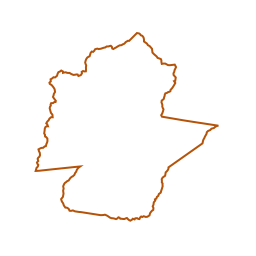 Serrita, Pernambuco, Brazil (Robinson projection), rotated 14°
{"feature_id": "56859067B3572424117250", "entity_name": "Serrita", "entity_type": "district", "adm_level": 2, "iso_a3": "BRA", "parent_name": "Brazil", "parent_adm1": "Pernambuco", "projection": "robinson", "projection_center": [-39.404, -7.835], "detail": "fine", "context": "isolated", "style": "outline", "palette": "amber", "viewbox_px": 256, "rotation_deg": 14, "n_neighbors": 0, "source": "geoboundaries", "source_scale": "gbopen_adm2", "svg_char_len": 3768}
<svg xmlns="http://www.w3.org/2000/svg" viewBox="0 0 256 256"><g transform="rotate(14 128 128)"><path d="M113.7,33.7L108.0,43.2L106.8,43.4L104.9,45.3L104.4,46.5L103.6,47.5L102.5,48.2L101.7,49.2L100.0,49.8L98.9,50.7L97.8,51.8L96.9,52.8L95.8,53.7L94.7,54.9L93.5,54.7L92.6,53.0L91.4,52.4L90.4,52.9L89.1,53.7L87.5,54.1L86.4,55.4L85.4,55.8L83.9,56.7L82.6,57.6L81.6,58.0L80.5,58.5L79.1,58.4L78.1,58.9L77.0,59.6L76.6,61.2L75.7,62.6L74.3,62.6L73.6,64.1L73.5,65.6L73.4,67.7L72.3,68.6L71.5,69.4L70.9,70.9L70.6,72.7L70.6,74.8L71.4,76.2L72.3,77.4L72.5,79.3L73.1,81.4L73.4,83.2L71.9,83.7L70.6,83.6L69.5,84.7L70.1,86.2L69.4,88.1L68.3,88.9L67.3,89.5L66.2,88.3L65.0,88.5L63.8,89.1L62.2,89.7L60.9,89.5L59.7,89.3L58.0,88.7L56.4,89.1L55.3,89.2L54.2,89.0L52.6,89.6L51.6,90.2L51.2,88.9L49.3,88.4L48.3,89.7L47.0,90.6L46.6,92.2L46.5,94.5L45.0,96.6L43.4,96.8L42.4,98.3L41.1,99.5L41.8,101.4L40.8,103.0L41.4,104.1L43.7,104.9L45.9,106.6L47.4,108.1L48.5,110.7L47.8,112.9L47.9,114.3L47.7,116.0L48.9,117.1L51.4,119.1L51.4,120.3L50.4,120.5L49.2,122.0L47.4,122.5L47.2,124.0L47.7,125.0L47.2,126.1L47.2,127.7L48.9,130.8L49.6,132.0L51.4,133.3L51.9,134.6L52.3,135.8L50.8,136.1L49.5,137.9L49.1,139.7L48.4,140.8L47.9,141.9L47.6,143.3L48.7,143.9L49.9,145.7L48.8,145.9L47.7,147.0L47.4,148.6L47.7,150.6L48.0,153.6L49.0,154.5L49.6,156.3L50.8,156.6L52.3,157.7L53.0,160.1L53.0,161.6L52.7,163.3L52.7,165.5L51.6,166.0L50.5,167.7L48.7,168.3L47.7,169.1L46.3,170.4L47.2,172.0L48.4,173.4L49.2,175.6L49.0,177.3L48.1,178.5L47.8,179.8L48.9,181.8L48.0,183.4L48.7,184.6L49.9,185.5L49.8,187.3L48.9,188.8L48.8,192.0L52.6,190.8L65.4,186.1L88.3,177.8L90.9,176.9L89.8,178.2L89.2,179.2L88.5,180.8L88.3,182.9L87.6,184.4L87.3,186.5L86.2,188.1L85.1,189.1L84.1,190.6L83.1,193.3L81.9,194.2L81.1,195.4L80.1,196.5L79.6,197.7L79.2,200.2L80.2,202.4L80.2,204.5L81.3,207.2L81.4,208.5L81.5,210.6L80.8,212.1L80.3,213.2L81.6,215.3L83.3,216.8L84.5,218.7L86.5,220.4L87.8,220.1L88.8,220.3L90.1,220.9L91.3,222.4L92.7,222.2L94.5,221.3L96.7,221.7L100.9,221.3L102.5,221.0L122.5,219.2L123.9,218.8L125.4,218.3L126.6,217.7L127.9,217.9L128.9,218.1L130.4,218.6L132.1,219.3L133.7,219.5L135.6,219.2L137.2,219.2L138.4,219.3L139.5,218.4L140.3,217.0L141.5,217.1L142.5,217.9L143.7,217.6L145.0,217.5L146.5,217.2L147.6,216.3L148.7,215.6L150.8,216.9L152.6,217.4L153.9,216.2L154.6,214.9L156.5,215.1L156.9,213.9L158.6,213.3L159.9,213.7L161.1,213.6L161.4,211.9L162.2,210.7L163.4,210.9L164.6,209.8L166.8,210.0L168.3,209.4L169.1,208.5L170.0,207.6L170.0,205.4L170.6,203.8L171.4,202.3L172.3,201.4L172.0,199.4L170.9,198.0L171.3,196.3L171.0,193.9L172.0,191.8L171.4,190.7L172.6,189.6L172.7,187.9L173.8,186.5L173.9,184.6L175.4,182.8L175.4,181.1L175.6,178.9L175.7,176.1L175.2,174.7L175.0,173.5L174.0,172.6L173.7,171.1L173.1,169.5L173.6,167.7L175.6,165.3L175.3,161.9L176.1,160.7L176.8,159.2L177.1,157.7L176.8,156.4L204.0,124.9L203.9,122.4L204.0,121.0L204.5,119.3L204.7,117.9L205.6,114.7L205.5,113.0L206.4,111.5L208.3,110.1L209.1,108.5L211.3,107.3L212.0,106.2L213.6,104.6L215.2,103.9L196.9,105.6L195.1,105.8L180.6,107.1L158.2,108.8L157.1,107.5L157.7,105.7L157.9,103.2L157.9,101.2L156.9,100.2L156.0,98.7L155.8,97.4L155.0,96.0L154.3,95.1L154.1,93.2L155.1,92.0L155.7,91.0L155.6,89.5L155.8,88.0L155.6,86.8L155.9,85.3L157.1,84.7L158.3,83.4L159.3,82.9L160.2,82.1L160.1,80.6L161.0,79.1L161.9,76.7L162.4,75.0L163.0,72.9L161.4,71.4L162.4,70.8L162.3,69.5L162.1,67.4L160.5,66.3L159.4,65.5L158.9,63.9L159.3,62.2L159.2,60.5L159.9,57.3L158.0,55.2L153.3,57.0L151.6,57.3L148.7,56.5L147.1,56.8L145.3,57.6L144.4,55.8L144.1,54.5L143.4,53.3L142.1,53.0L139.7,52.8L138.6,51.7L135.4,50.1L133.5,48.9L132.1,45.3L129.2,43.3L127.3,42.8L125.8,41.4L124.4,40.9L122.6,40.2L122.0,38.0L121.1,36.3L119.6,35.1L117.9,34.9L117.1,34.1L116.0,33.6L113.7,33.7Z" fill="none" stroke="#b45309" stroke-width="2"/></g></svg>